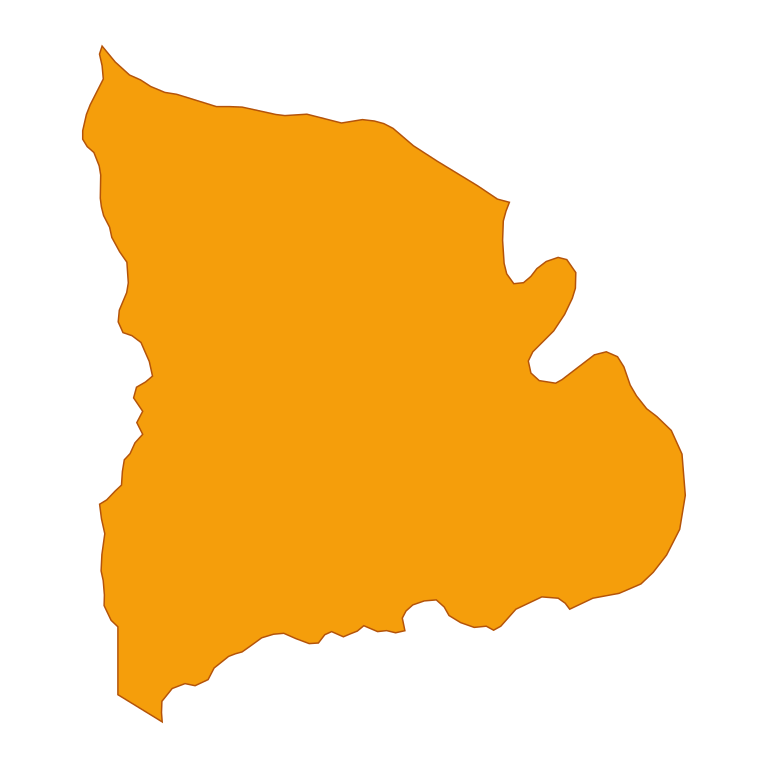 Primeiro de Maio, Paraná, Brazil (Natural Earth projection)
{"feature_id": "56859067B81342579532377", "entity_name": "Primeiro de Maio", "entity_type": "district", "adm_level": 2, "iso_a3": "BRA", "parent_name": "Brazil", "parent_adm1": "Paraná", "projection": "natural_earth1", "projection_center": [-51.083, -22.858], "detail": "fine", "context": "isolated", "style": "filled", "palette": "amber", "viewbox_px": 768, "rotation_deg": 0, "n_neighbors": 0, "source": "geoboundaries", "source_scale": "gbopen_adm2", "svg_char_len": 2044}
<svg xmlns="http://www.w3.org/2000/svg" viewBox="0 0 768 768"><path d="M102.1,46.1L99.5,54.1L102.1,65.7L103.3,79.0L90.2,104.8L86.4,114.5L82.7,130.7L82.7,139.2L87.2,146.6L93.9,152.5L99.2,165.9L100.7,175.0L100.3,198.3L101.4,206.8L103.6,215.6L109.6,227.2L111.8,237.4L119.6,251.7L126.9,262.2L128.3,282.9L126.7,292.6L119.3,310.2L118.2,321.9L123.0,332.6L132.0,335.7L141.0,342.5L145.0,351.7L149.3,361.5L152.5,376.1L145.5,382.0L136.5,387.2L133.6,397.9L142.7,411.3L136.8,422.6L142.7,434.3L135.0,442.8L130.1,453.6L124.3,459.8L122.4,471.4L121.5,485.1L115.3,490.9L106.7,499.9L99.6,504.2L101.5,518.9L104.8,533.7L101.9,554.5L101.1,570.9L103.2,580.5L104.4,595.0L104.1,605.6L111.1,620.3L117.9,626.8L117.9,694.7L162.2,721.9L161.5,712.6L161.9,701.3L172.2,688.5L185.0,683.6L195.1,685.7L208.1,679.6L214.1,668.0L228.6,656.4L235.3,653.8L242.1,651.9L252.1,644.8L261.7,637.8L273.6,634.2L283.8,633.3L296.1,638.7L309.2,643.6L318.4,643.0L324.8,634.7L331.6,631.6L343.4,636.8L350.2,633.9L357.3,631.1L363.8,625.7L377.6,631.6L386.6,630.6L395.6,632.8L404.9,630.7L402.3,618.1L406.0,611.0L412.8,604.9L424.3,600.9L436.3,599.9L444.2,607.0L449.0,615.5L460.6,622.6L474.2,627.4L486.3,626.2L493.6,630.2L500.8,626.2L515.9,609.2L541.8,596.9L558.2,598.2L565.2,603.2L569.7,609.2L592.9,598.2L619.2,593.3L641.0,583.9L653.2,572.3L666.6,555.0L679.7,529.3L685.3,495.4L682.0,454.1L671.3,430.5L657.0,416.7L646.6,408.7L636.5,395.9L630.2,385.1L623.9,366.9L617.5,356.7L606.3,351.8L594.4,354.8L561.9,379.7L555.6,383.2L539.2,380.6L530.9,373.0L528.3,361.0L532.8,351.8L553.7,330.9L564.6,314.4L572.3,298.3L575.4,288.2L575.8,272.6L566.8,259.6L558.1,257.4L546.2,261.5L536.9,268.6L530.9,276.4L523.5,282.7L513.8,283.7L506.7,273.8L504.1,263.3L502.6,240.4L503.3,221.0L506.0,211.1L509.4,202.3L497.4,199.1L477.6,185.8L437.4,161.3L413.3,145.7L393.1,128.4L383.8,123.6L374.3,121.0L362.4,119.6L341.5,123.0L306.9,114.2L284.9,115.6L275.9,114.5L242.1,107.1L229.3,106.6L216.4,106.6L176.7,94.3L164.8,92.4L150.7,86.5L140.5,79.9L129.5,75.0L115.2,62.0L102.1,46.1Z" fill="#f59e0b" stroke="#b45309" stroke-width="1.5"/></svg>